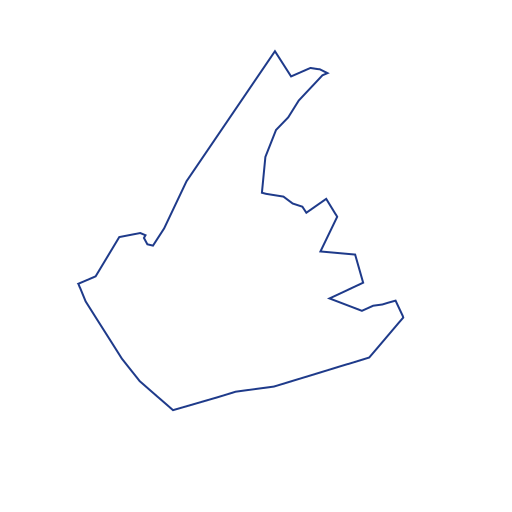 Miquihuana, Tamaulipas, Mexico (Albers equal-area conic projection), rotated 232°
{"feature_id": "50627088B38800884895264", "entity_name": "Miquihuana", "entity_type": "district", "adm_level": 2, "iso_a3": "MEX", "parent_name": "Mexico", "parent_adm1": "Tamaulipas", "projection": "albers", "projection_center": [-99.777, 23.588], "detail": "fine", "context": "isolated", "style": "outline", "palette": "blue", "viewbox_px": 512, "rotation_deg": 232, "n_neighbors": 0, "source": "geoboundaries", "source_scale": "gbopen_adm2", "svg_char_len": 979}
<svg xmlns="http://www.w3.org/2000/svg" viewBox="0 0 512 512"><g transform="rotate(232 256 256)"><path d="M168.1,139.4L161.6,156.4L155.6,166.7L142.1,189.7L123.8,237.2L117.5,253.7L114.4,261.7L114.2,262.0L106.3,282.7L109.2,297.0L115.4,326.9L116.8,334.1L118.3,334.7L134.9,338.5L137.9,331.2L140.0,325.7L144.7,317.7L147.6,305.7L177.3,287.8L169.0,324.0L196.1,335.0L219.9,309.6L236.9,344.1L238.8,344.4L240.4,344.5L257.8,346.5L259.1,322.3L266.3,322.9L274.8,317.2L285.9,314.2L298.8,302.2L302.2,299.6L328.3,324.4L343.0,349.4L345.4,366.7L352.2,385.4L357.5,419.6L356.1,424.9L363.9,421.2L364.8,420.2L365.8,419.2L370.7,414.6L375.9,394.2L405.7,397.0L357.7,247.3L334.3,200.6L327.6,181.2L332.1,177.6L339.2,178.8L340.4,181.7L345.4,178.9L355.1,159.9L338.7,117.1L343.5,98.9L343.4,98.9L340.0,97.9L339.3,97.8L325.1,93.8L304.2,91.7L275.6,88.9L257.7,87.1L242.4,87.2L232.1,87.3L229.0,87.3L206.1,91.7L200.6,92.8L185.6,95.7L185.1,97.0L168.1,139.4Z" fill="none" stroke="#1e3a8a" stroke-width="2"/></g></svg>